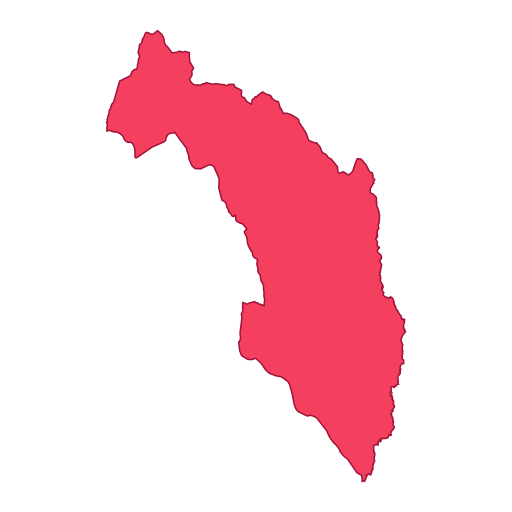 Sekyere East, Ashanti, Ghana
{"feature_id": "2480657B61321065662810", "entity_name": "Sekyere East", "entity_type": "district", "adm_level": 2, "iso_a3": "GHA", "parent_name": "Ghana", "parent_adm1": "Ashanti", "projection": "equal_earth", "projection_center": [-1.328, 6.78], "detail": "fine", "context": "isolated", "style": "filled", "palette": "rose", "viewbox_px": 512, "rotation_deg": 0, "n_neighbors": 0, "source": "geoboundaries", "source_scale": "gbopen_adm2", "svg_char_len": 6059}
<svg xmlns="http://www.w3.org/2000/svg" viewBox="0 0 512 512"><path d="M119.6,81.1L113.6,102.2L111.9,104.0L110.9,106.6L110.9,107.8L109.2,110.3L108.9,114.2L107.9,116.0L107.8,118.1L107.0,119.8L107.5,121.5L106.5,122.2L107.5,125.2L106.9,127.0L107.0,131.1L108.2,130.5L109.8,130.5L113.7,131.9L116.6,132.0L119.8,133.4L123.1,136.4L124.0,138.9L125.9,141.3L127.8,142.3L130.8,142.3L132.2,143.2L133.7,145.5L134.6,148.0L135.1,152.5L134.9,156.6L135.6,157.9L136.9,157.6L152.2,147.0L164.4,141.7L165.7,140.2L166.0,138.4L167.4,135.1L169.0,133.8L171.0,133.1L173.6,133.0L174.7,132.3L186.6,148.5L187.2,151.6L188.8,156.0L188.9,158.8L191.9,165.7L194.9,168.5L200.6,168.9L209.0,164.8L212.3,165.3L213.9,166.7L219.1,178.5L218.8,188.1L221.9,200.1L225.0,201.9L226.6,205.1L226.9,207.3L228.3,209.5L228.8,212.0L230.1,213.0L232.2,216.1L233.4,216.6L235.4,215.4L236.0,220.5L236.4,221.0L240.2,223.2L242.6,223.9L246.9,229.0L244.9,230.8L244.4,231.9L244.7,233.2L246.7,237.0L247.7,244.0L249.6,248.5L252.4,252.6L252.8,255.7L254.5,257.9L257.4,259.1L256.9,264.1L258.1,270.0L257.8,271.4L258.7,273.4L259.9,274.3L261.1,281.1L262.9,283.6L263.5,286.2L263.6,290.2L264.1,292.0L263.9,295.9L264.6,299.4L264.0,305.8L262.5,304.9L261.6,305.1L261.1,304.5L258.5,303.8L257.7,302.9L255.5,302.5L254.7,301.6L248.8,303.2L248.4,303.8L247.1,304.1L242.9,302.5L242.6,306.7L242.9,310.5L241.3,314.2L241.8,316.3L241.8,318.8L240.0,333.2L240.5,337.8L240.2,340.1L238.7,342.2L239.7,350.8L241.6,355.6L247.7,359.4L251.9,359.6L255.0,358.4L255.9,358.5L261.0,363.1L265.8,370.1L269.5,373.4L275.9,375.8L281.4,376.8L288.1,381.7L289.7,384.8L292.3,394.4L294.3,404.9L296.1,409.2L298.3,411.7L307.2,416.0L310.4,415.3L313.0,416.0L316.5,417.7L326.4,430.3L329.8,437.5L334.1,443.4L335.1,443.9L337.6,446.8L339.5,449.7L340.2,452.0L343.9,456.2L347.7,459.3L357.1,472.9L361.5,475.3L362.1,478.0L362.1,481.2L362.8,480.8L363.5,481.3L364.7,480.4L364.9,480.8L366.2,477.5L366.2,476.9L366.7,476.7L366.2,475.2L367.1,474.7L367.5,474.9L368.7,473.6L370.3,475.0L370.8,474.7L371.8,471.8L371.5,471.0L372.5,470.2L373.1,468.4L372.2,467.8L372.9,466.6L373.6,463.0L374.5,461.5L374.6,460.2L374.1,458.6L374.8,454.9L374.8,452.9L373.7,452.3L373.6,451.1L374.0,451.1L374.0,450.5L373.6,449.1L373.6,445.9L375.3,444.8L377.4,444.9L377.5,443.9L378.1,444.6L378.3,443.7L377.8,442.4L378.3,442.2L379.6,439.9L380.4,441.7L380.8,441.4L380.6,440.2L381.3,439.8L380.9,438.9L381.1,438.3L383.4,438.7L387.2,438.0L388.1,437.5L389.0,434.7L390.3,435.6L391.1,435.3L390.9,432.7L391.4,431.4L393.9,428.5L394.3,426.6L392.9,425.0L393.5,422.0L393.3,420.9L392.8,421.0L392.9,418.3L391.7,415.8L391.7,414.4L390.8,414.3L391.4,412.6L392.8,411.4L392.9,410.8L392.2,410.3L393.0,409.8L393.0,408.8L394.4,407.2L394.3,405.3L393.5,404.7L393.3,402.8L393.7,402.1L393.3,400.3L392.9,400.5L392.2,399.6L392.6,398.0L392.3,396.9L392.1,396.5L391.5,396.8L391.7,395.3L391.2,395.7L390.4,395.2L390.9,393.8L390.2,393.3L390.2,392.8L391.5,392.4L390.7,391.9L391.3,391.2L391.0,390.5L391.4,389.7L390.8,388.9L391.7,386.7L393.7,386.4L393.8,387.4L395.2,386.7L396.0,385.5L396.6,385.5L396.6,385.0L397.7,384.1L398.4,384.1L397.9,383.3L398.3,381.9L397.7,376.5L399.4,374.7L399.4,374.1L400.3,373.6L400.1,372.6L400.3,372.0L399.7,370.1L400.0,369.2L400.6,369.7L400.7,369.1L399.9,367.4L400.5,366.2L400.3,365.8L401.9,363.7L403.7,363.6L403.6,360.1L402.3,359.0L402.3,356.8L401.9,356.3L402.7,353.6L402.3,351.4L402.8,351.1L402.7,350.2L402.1,348.8L402.7,344.8L401.0,340.2L402.0,336.7L403.2,334.5L405.5,331.8L404.4,330.7L404.9,330.1L404.7,329.2L403.6,328.8L403.8,327.2L403.2,326.8L404.6,321.2L404.3,320.7L404.6,319.7L404.1,319.8L403.3,319.1L403.2,319.7L402.7,319.1L401.9,319.1L400.8,316.4L401.1,315.8L399.6,314.5L397.4,310.3L396.3,309.5L395.6,306.8L395.0,306.2L395.1,305.5L394.0,303.9L394.2,302.8L393.7,302.8L393.5,301.8L393.9,300.9L392.5,298.2L390.5,296.8L389.5,298.2L388.4,298.3L387.9,297.6L384.9,296.8L383.0,294.7L383.8,292.8L382.2,290.5L382.5,289.1L381.9,289.0L382.2,288.3L381.9,287.6L382.0,286.9L382.9,287.4L383.2,287.0L382.6,284.8L380.3,281.0L380.5,279.8L380.2,279.1L380.7,278.8L380.7,277.5L380.3,276.6L380.6,275.8L379.5,274.1L379.9,273.5L379.8,272.4L380.2,272.3L380.8,269.7L380.7,268.9L381.7,264.9L379.5,260.7L381.3,258.7L381.6,257.7L380.8,254.9L377.4,252.1L377.4,250.8L378.4,248.6L379.5,247.8L379.3,247.1L377.5,246.4L377.4,245.4L376.9,244.5L377.3,243.9L377.4,241.7L375.6,239.2L377.3,237.1L376.6,236.5L377.7,235.5L377.5,235.1L376.9,235.5L376.7,234.8L377.3,233.8L377.1,230.9L378.7,228.8L378.8,228.0L378.2,225.3L379.2,222.4L379.6,215.5L378.5,210.2L376.7,205.8L376.4,203.7L376.8,203.2L376.8,202.3L376.1,201.6L376.5,200.7L376.3,197.3L373.0,194.0L370.3,192.8L370.2,188.1L371.2,187.3L372.9,183.9L373.8,183.3L373.3,181.8L374.6,180.3L374.6,179.3L372.5,177.3L372.9,176.6L372.9,174.7L372.3,172.7L370.4,172.4L369.1,170.8L366.0,164.7L361.0,159.0L357.3,158.7L355.6,162.4L353.0,170.3L352.2,171.9L349.8,174.2L348.1,174.8L343.7,171.9L342.6,171.9L340.2,173.2L338.7,172.6L338.0,171.9L337.4,166.6L331.2,159.1L328.0,157.4L326.3,154.6L323.0,152.8L321.7,151.4L320.1,147.0L316.5,142.7L315.5,143.2L308.7,140.4L306.1,133.1L302.3,126.9L301.1,125.9L300.7,124.6L299.0,122.2L298.8,120.1L297.3,118.4L291.4,114.8L287.0,113.3L283.2,113.3L280.8,108.1L279.8,107.6L279.8,106.2L278.2,101.5L275.8,101.2L271.9,98.2L271.4,96.4L269.6,95.1L266.0,94.1L262.7,91.9L257.7,95.4L256.7,96.9L255.4,96.7L253.7,98.8L252.3,99.5L251.4,104.2L247.4,102.0L245.8,100.2L244.4,97.7L241.7,96.8L241.2,93.5L241.7,91.5L241.6,90.4L234.7,86.8L233.9,84.3L228.7,84.4L226.8,85.8L224.4,84.8L215.3,83.7L212.7,84.3L206.1,82.6L205.2,83.7L203.0,83.7L200.5,85.3L197.9,84.8L195.8,85.3L193.2,84.2L191.5,82.7L189.2,79.3L190.2,78.3L192.1,74.8L191.8,71.0L193.7,68.3L189.9,61.9L189.3,56.0L189.4,52.6L184.9,51.4L183.6,52.1L179.2,51.2L177.5,52.1L172.1,52.9L167.6,46.9L165.8,45.3L164.6,43.1L163.8,38.2L161.9,34.5L157.6,30.7L153.0,34.3L150.4,34.0L148.6,32.8L146.4,32.4L145.3,33.3L143.8,37.2L142.7,38.6L141.4,43.4L139.8,44.4L139.3,45.5L139.3,47.2L138.1,52.6L139.7,56.2L138.1,60.6L138.4,61.9L137.5,64.7L137.3,67.6L136.5,69.0L134.4,69.6L132.4,71.1L130.4,75.4L129.8,76.0L119.6,81.1Z" fill="#f43f5e" stroke="#9f1239" stroke-width="1.5"/></svg>